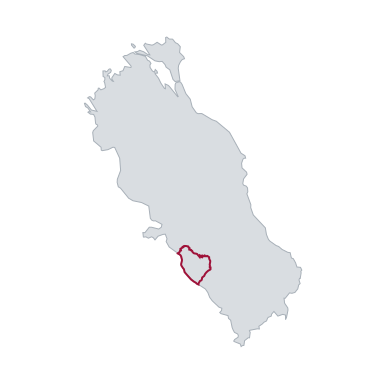 Sanliurfa highlighted on a map of Turkey, rotated 59°
{"feature_id": "TUR-3017", "entity_name": "Sanliurfa", "entity_type": "Province", "adm_level": 1, "iso_a3": "TUR", "parent_name": "Turkey", "parent_adm1": "", "projection": "natural_earth1", "projection_center": [38.713, 37.351], "detail": "fine", "context": "in_parent", "style": "outline", "palette": "rose", "viewbox_px": 384, "rotation_deg": 59, "n_neighbors": 0, "source": "natural_earth", "source_scale": "10m", "svg_char_len": 5807}
<svg xmlns="http://www.w3.org/2000/svg" viewBox="0 0 384 384"><g transform="rotate(59 192 192)"><path d="M294.6,139.1L299.7,140.8L301.4,139.5L306.1,139.7L310.3,140.7L312.5,137.8L315.5,138.1L316.1,139.6L317.5,140.1L321.9,143.8L321.4,144.3L322.5,145.6L326.2,146.5L326.6,148.4L329.5,151.2L331.1,155.5L330.3,158.5L328.7,160.4L331.1,166.9L330.4,167.8L335.0,169.9L340.7,169.6L342.6,170.5L348.2,175.6L349.6,177.6L345.7,175.2L343.6,177.3L342.6,182.3L336.6,183.3L337.6,186.5L339.2,188.1L338.7,191.2L339.2,192.4L340.9,194.5L340.7,197.3L341.4,200.2L341.5,203.8L344.1,204.8L342.9,206.5L340.3,213.7L340.5,214.3L342.3,214.4L346.6,217.8L345.9,218.9L346.5,223.5L350.2,226.5L349.6,228.0L349.8,229.5L347.1,228.9L341.8,233.0L341.2,232.9L340.4,231.4L340.2,227.3L338.9,226.2L337.2,226.0L334.2,227.9L331.6,227.8L328.9,227.4L321.8,224.9L319.2,225.8L316.5,224.8L311.2,229.8L309.6,230.3L308.8,227.7L307.0,226.3L304.6,228.2L295.6,230.7L291.4,231.1L286.3,230.2L282.0,230.5L270.6,236.1L259.5,239.1L249.7,238.9L244.3,235.4L240.1,234.5L227.4,239.9L221.2,239.7L219.2,237.5L214.4,236.6L213.4,238.7L212.4,243.8L214.0,248.4L211.3,248.7L209.6,249.7L209.1,253.2L206.7,254.6L205.8,256.7L205.4,256.8L201.5,255.0L202.6,253.3L200.2,246.8L201.4,244.8L206.6,239.6L206.4,236.5L204.3,234.4L197.8,238.2L197.1,239.7L195.7,240.9L193.2,241.3L181.8,236.3L175.0,240.7L169.1,247.1L164.7,249.5L151.9,251.3L149.6,252.5L145.2,251.2L142.6,249.4L136.8,242.1L125.8,236.6L114.0,235.3L112.9,236.7L112.4,242.3L110.3,247.7L109.3,248.2L106.8,246.9L97.6,250.0L89.9,246.5L88.6,245.0L87.0,238.9L85.9,238.4L84.6,239.3L83.3,239.2L77.8,236.6L74.8,236.4L72.9,239.0L70.0,240.1L69.9,239.3L71.1,237.7L66.4,238.0L63.9,239.3L60.6,238.5L60.8,237.8L63.6,236.9L69.9,236.0L74.0,231.9L59.0,232.1L57.6,233.0L57.4,230.9L58.3,229.9L62.2,229.1L62.1,227.3L59.7,225.4L57.1,224.4L56.1,220.0L54.8,218.9L55.0,218.2L57.5,217.5L58.1,214.2L57.8,212.2L53.1,210.5L52.0,210.6L50.9,208.9L48.9,207.7L47.2,208.7L42.4,206.0L43.4,204.1L44.6,204.1L44.9,202.6L44.0,200.1L44.2,198.8L45.2,198.5L46.4,198.7L47.6,200.2L47.6,203.1L48.8,204.8L49.8,203.1L52.0,204.0L55.9,203.2L56.7,202.4L53.8,202.5L52.8,201.8L50.6,197.1L53.1,195.7L54.9,193.4L51.7,191.9L52.5,188.7L49.8,185.0L53.7,180.4L53.6,179.7L52.4,179.4L40.5,181.4L40.4,179.3L41.4,177.5L41.5,173.0L42.1,170.6L44.3,169.9L47.1,166.3L51.7,162.1L56.2,162.2L58.0,161.0L60.7,161.0L61.4,162.6L63.7,163.8L67.9,163.6L69.9,162.5L68.1,160.4L70.5,159.8L72.3,160.3L71.2,162.5L71.8,162.7L77.2,162.1L82.8,162.6L89.0,162.3L89.8,161.6L85.5,159.4L88.4,157.4L90.0,157.0L103.0,155.2L103.1,154.7L95.2,153.7L91.1,151.0L90.1,149.6L91.0,146.1L91.9,145.2L94.8,145.1L104.5,146.6L111.5,145.7L119.1,148.0L126.4,147.5L127.9,146.5L129.8,143.2L140.3,137.6L143.9,134.7L160.1,129.1L184.0,130.0L188.2,127.9L190.6,128.6L189.9,130.0L190.1,131.4L192.9,134.7L197.1,136.7L203.1,135.0L205.2,135.7L207.3,141.0L210.9,144.1L212.6,144.3L214.9,142.5L217.1,142.3L220.6,144.1L221.8,145.9L233.2,148.1L235.6,149.7L243.3,151.3L260.5,147.6L266.8,150.1L272.0,150.9L274.3,150.5L281.2,147.5L283.3,145.8L287.6,144.4L293.0,141.0L294.6,139.1ZM73.9,129.8L73.4,132.1L74.3,134.7L76.6,138.3L78.9,140.1L90.4,145.0L88.6,149.6L85.7,150.3L75.8,148.1L71.7,149.9L68.8,149.5L64.7,150.3L63.4,153.0L60.5,156.2L52.3,160.1L44.7,167.8L42.5,168.8L43.6,166.2L43.6,163.9L46.9,161.2L51.5,159.1L52.7,157.5L41.4,157.8L40.4,155.4L41.6,154.9L45.5,150.7L45.9,149.0L45.7,144.8L50.3,142.5L50.7,141.5L50.2,137.4L46.0,135.0L46.2,133.8L49.2,132.7L51.0,129.9L55.5,129.3L57.6,127.9L61.4,127.2L66.0,130.8L71.7,129.4L73.9,129.8ZM38.8,167.6L34.9,168.2L33.8,167.6L35.0,166.3L38.0,165.5L38.9,166.7L38.8,167.6Z" fill="#d9dde1" stroke="#a8b0b8" stroke-width="1"/><path d="M261.0,238.9L257.6,239.5L256.7,239.6L254.1,238.7L253.2,238.8L252.9,238.9L250.2,239.0L249.0,238.9L248.0,238.3L247.5,237.8L245.7,236.0L244.9,235.5L241.7,234.5L240.6,234.4L240.0,234.5L238.9,234.9L237.3,235.9L237.2,235.7L237.2,235.4L237.2,235.2L237.4,235.1L237.5,235.0L237.5,234.8L237.2,234.5L237.1,234.3L237.1,234.1L237.1,233.6L237.0,233.4L236.6,233.0L236.3,232.7L236.3,232.2L236.5,231.7L236.3,231.4L236.1,231.4L235.7,231.6L235.4,231.5L235.3,231.4L235.1,231.3L234.9,231.4L234.7,231.2L234.7,230.9L234.8,230.3L234.8,229.8L234.8,229.6L234.7,229.4L234.4,228.9L234.3,228.6L234.2,228.3L234.3,228.0L234.4,227.8L234.6,227.8L234.7,228.1L234.8,228.1L234.8,227.6L234.7,227.3L234.5,227.1L234.2,226.9L234.4,226.2L234.5,226.0L234.6,225.9L234.8,225.8L235.0,225.2L235.7,224.4L236.5,223.5L236.7,223.3L237.0,223.3L237.3,223.3L237.6,223.3L237.8,223.5L238.0,223.4L238.5,223.1L238.7,223.4L239.0,223.5L239.7,223.7L239.8,223.7L239.8,223.9L239.9,224.0L240.0,223.9L240.2,223.7L240.2,223.2L240.3,223.1L241.1,223.2L241.3,223.1L241.4,222.6L241.6,222.6L242.6,222.2L243.1,222.5L245.1,222.1L245.5,221.9L246.5,220.9L246.7,220.5L246.8,220.4L247.7,219.6L251.4,219.0L250.5,218.4L250.2,218.0L250.6,217.8L250.8,218.1L251.0,218.1L251.3,218.0L251.4,217.9L251.5,217.8L251.6,217.7L251.9,217.9L252.0,217.9L252.3,217.7L251.9,217.2L251.7,217.1L251.9,216.9L252.3,216.8L252.6,216.8L253.0,216.7L252.8,216.4L252.8,215.9L252.6,215.7L252.4,215.8L251.9,216.1L251.7,216.1L251.8,215.8L252.0,215.6L252.2,215.4L252.5,215.3L253.0,215.4L253.2,215.1L253.1,214.9L253.3,214.6L253.4,214.3L253.4,214.0L253.2,213.7L254.0,213.5L254.2,213.3L254.4,213.0L254.5,212.3L254.5,212.0L254.7,211.8L255.0,211.6L256.0,211.3L256.7,210.9L258.0,211.6L259.3,211.8L260.3,211.8L261.2,212.3L262.3,213.3L263.3,214.2L263.9,214.4L264.4,214.6L265.1,215.2L265.8,215.6L266.0,215.3L266.2,215.0L266.7,215.2L267.1,215.6L267.4,215.8L267.7,215.9L267.9,216.4L267.8,218.6L268.1,220.2L268.2,220.8L268.3,221.1L268.9,222.8L269.5,223.8L270.2,224.7L270.5,227.2L270.9,227.7L271.5,228.1L272.3,229.0L272.5,229.4L272.4,231.1L273.9,233.7L274.6,234.1L273.5,234.9L272.8,235.2L272.2,235.3L271.6,235.5L269.9,236.5L266.4,237.9L261.0,238.9Z" fill="none" stroke="#9f1239" stroke-width="2"/></g></svg>